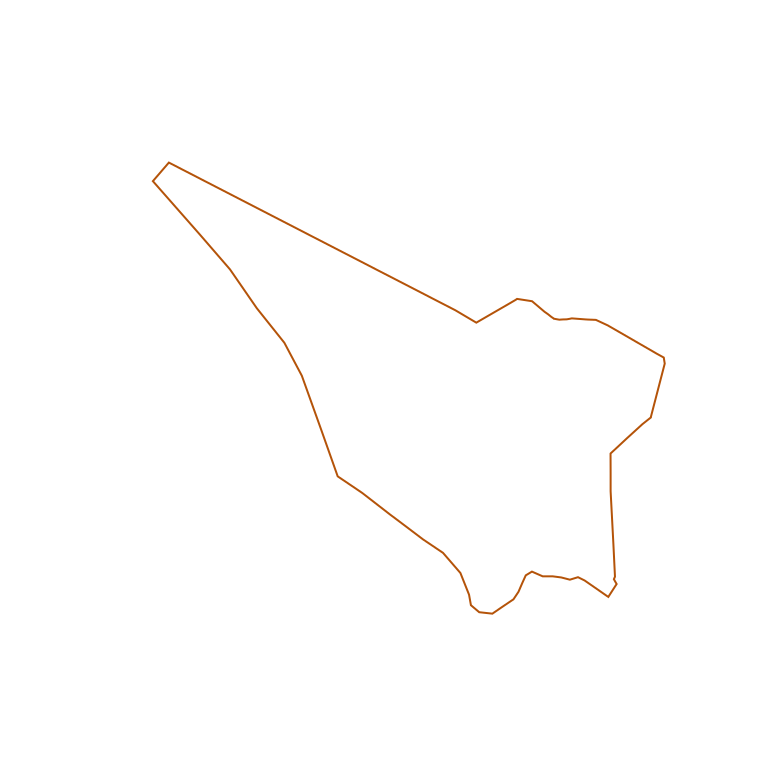 Batha Est, Batha, Chad, rotated 298°
{"feature_id": "50815135B79604505945545", "entity_name": "Batha Est", "entity_type": "district", "adm_level": 2, "iso_a3": "TCD", "parent_name": "Chad", "parent_adm1": "Batha", "projection": "orthographic", "projection_center": [19.699, 14.229], "detail": "fine", "context": "isolated", "style": "outline", "palette": "amber", "viewbox_px": 768, "rotation_deg": 298, "n_neighbors": 0, "source": "geoboundaries", "source_scale": "gbopen_adm2", "svg_char_len": 1148}
<svg xmlns="http://www.w3.org/2000/svg" viewBox="0 0 768 768"><g transform="rotate(298 384 384)"><path d="M301.3,682.0L316.6,683.3L318.1,680.9L319.6,678.6L321.1,678.5L322.3,678.4L350.0,661.9L395.6,634.5L411.2,626.2L428.9,616.7L429.1,616.7L450.2,624.0L454.1,625.4L469.8,631.0L479.7,635.3L479.8,635.2L533.8,622.3L538.7,618.6L538.8,611.7L538.8,611.0L538.8,610.9L540.7,556.6L540.7,555.8L540.8,554.3L540.1,541.0L537.7,536.0L537.4,535.4L535.9,532.2L530.1,519.0L528.6,517.2L526.9,515.0L524.9,511.5L523.1,508.6L522.4,506.5L521.4,503.3L521.5,503.2L521.8,500.3L522.6,496.1L523.0,493.0L523.1,492.0L523.6,489.7L526.6,475.9L526.2,474.7L521.6,461.5L520.2,460.8L514.2,457.1L481.5,436.7L482.6,412.4L481.5,325.6L478.7,105.8L478.5,90.1L454.6,84.7L429.1,152.3L412.9,194.2L391.2,236.1L373.6,276.7L352.7,307.6L313.7,350.5L280.7,386.5L277.6,415.8L271.6,450.6L269.8,462.2L265.1,491.5L262.6,515.4L253.0,540.2L237.9,558.0L229.5,564.6L227.2,575.2L232.1,587.5L241.3,592.3L254.7,599.4L263.6,600.3L273.6,599.5L281.6,599.0L287.8,602.7L288.7,614.5L293.4,623.3L296.4,631.3L298.5,640.0L304.5,646.0L304.7,653.4L301.3,682.0Z" fill="none" stroke="#b45309" stroke-width="2"/></g></svg>